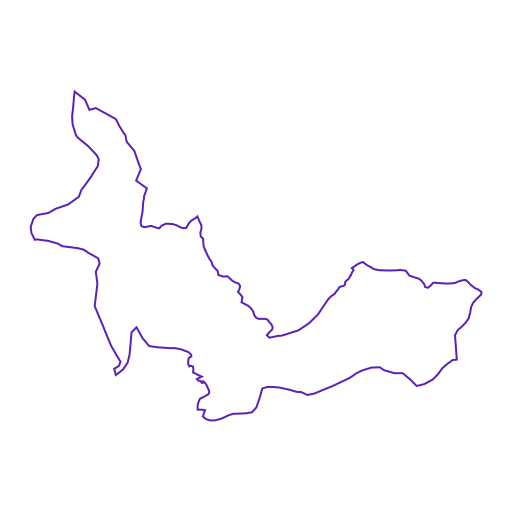 Marudi, Sarawak, Malaysia
{"feature_id": "92858781B4592285011837", "entity_name": "Marudi", "entity_type": "district", "adm_level": 2, "iso_a3": "MYS", "parent_name": "Malaysia", "parent_adm1": "Sarawak", "projection": "orthographic", "projection_center": [114.551, 4.191], "detail": "fine", "context": "isolated", "style": "outline", "palette": "violet", "viewbox_px": 512, "rotation_deg": 0, "n_neighbors": 0, "source": "geoboundaries", "source_scale": "gbopen_adm2", "svg_char_len": 3632}
<svg xmlns="http://www.w3.org/2000/svg" viewBox="0 0 512 512"><path d="M180.7,349.2L188.5,352.1L191.2,354.8L191.3,356.6L188.9,357.7L188.3,359.8L188.1,362.5L188.3,364.4L189.3,366.4L190.7,365.7L192.9,366.5L193.4,368.8L193.1,372.4L197.7,374.8L201.7,376.6L196.9,379.0L197.9,380.5L200.5,380.9L201.6,382.7L202.5,382.9L203.2,381.3L205.8,383.8L207.0,386.2L209.1,390.7L209.1,393.1L208.3,394.2L204.8,396.3L200.0,398.7L199.0,400.8L197.7,404.6L197.6,409.6L203.2,409.8L205.1,410.3L204.1,412.7L202.9,416.5L206.1,419.2L209.9,420.4L214.9,420.4L221.5,418.6L229.0,415.1L233.3,413.8L239.2,413.6L246.3,413.3L252.1,412.2L256.4,407.4L259.6,398.1L262.3,388.5L267.4,387.0L273.0,387.0L279.1,387.5L289.4,389.7L296.4,391.8L301.4,392.1L307.3,395.0L314.2,393.6L324.3,389.4L332.2,386.2L349.8,377.9L356.5,373.2L362.1,370.5L371.3,367.6L379.8,367.3L384.1,370.2L394.5,373.2L402.7,373.2L410.7,379.9L416.6,386.0L424.3,384.1L432.6,379.6L437.8,374.5L442.2,368.4L446.7,364.4L452.6,360.1L456.8,359.6L455.0,335.2L457.9,329.9L461.0,327.4L465.6,322.7L468.6,318.5L470.2,312.4L471.2,306.8L473.1,302.8L477.6,297.9L481.3,294.5L481.3,293.9L481.3,291.8L478.2,289.5L475.2,288.3L472.5,286.2L470.5,284.7L468.0,281.9L465.4,279.9L462.4,280.3L458.7,281.4L454.5,283.1L447.6,283.6L437.2,283.0L436.4,282.8L433.2,282.7L430.3,285.9L427.9,287.8L425.2,287.0L424.1,284.0L421.4,280.6L418.8,278.7L413.7,277.1L409.3,275.5L407.4,272.9L405.8,270.7L400.2,270.0L394.5,270.4L387.9,270.5L379.2,270.2L374.1,269.2L370.1,266.8L366.9,265.1L363.2,262.2L361.0,262.5L357.4,264.3L351.8,268.1L353.4,269.4L353.3,270.7L352.3,272.0L351.5,273.6L351.0,275.2L350.1,276.0L348.5,279.2L346.7,280.3L345.1,282.1L345.1,284.0L344.5,285.1L343.7,285.9L341.4,286.4L339.5,287.0L338.4,289.0L336.6,291.0L334.6,293.8L332.9,295.2L331.0,296.3L328.1,299.4L317.7,314.8L308.8,323.4L298.5,330.3L284.6,334.8L280.9,335.8L278.5,335.8L269.4,337.7L266.8,335.1L269.2,332.4L272.2,329.5L272.7,327.7L272.1,326.0L271.3,324.2L270.0,322.8L268.4,321.0L267.6,319.7L265.4,318.9L262.0,318.8L258.9,318.9L256.4,318.0L254.8,316.0L253.8,314.1L253.3,311.6L251.9,309.6L250.6,307.9L248.2,305.8L244.7,304.0L241.5,302.3L242.5,297.5L241.2,295.3L239.5,293.5L238.0,291.8L239.2,289.7L240.2,286.2L238.5,283.5L234.7,282.2L232.0,280.5L227.5,276.2L223.7,276.7L218.4,275.0L217.7,271.0L215.7,269.0L212.7,265.7L211.4,261.5L209.4,259.0L205.4,250.7L203.7,246.4L203.2,241.9L203.2,238.9L200.7,236.4L200.4,232.4L201.4,229.2L201.4,225.2L199.2,220.9L197.4,216.4L195.4,218.2L191.2,220.7L188.9,223.2L186.2,227.9L183.2,228.2L180.2,227.2L176.9,225.4L173.2,224.2L170.2,223.9L165.9,223.7L161.6,225.7L159.1,228.4L156.4,227.7L151.1,225.9L144.4,227.2L141.6,226.2L140.6,223.2L140.9,220.4L141.6,216.4L142.4,212.7L142.9,207.1L143.1,202.6L143.9,198.9L144.1,196.1L146.9,188.4L136.1,180.6L140.9,169.1L139.1,164.6L134.4,151.1L130.1,145.8L126.9,142.1L126.1,139.1L125.4,135.3L123.4,132.6L119.4,126.1L115.9,119.1L95.9,108.1L89.4,109.8L85.1,99.8L74.7,91.6L74.0,96.5L73.7,101.1L73.1,107.7L72.1,116.3L72.6,124.3L75.9,135.0L77.5,137.4L88.1,146.1L92.4,150.6L96.6,155.1L98.7,159.1L97.9,165.9L93.2,173.2L91.4,176.2L87.3,182.0L81.3,190.1L78.8,196.8L68.2,204.4L55.6,208.8L51.7,211.1L48.2,213.0L39.4,214.6L36.8,215.2L33.4,218.9L30.7,226.8L31.4,232.9L34.8,239.8L37.0,239.4L48.3,240.9L57.8,243.6L62.3,246.2L78.1,248.2L83.8,249.7L89.3,253.4L98.3,258.4L99.6,263.7L98.1,266.9L95.8,271.9L97.4,283.5L94.7,306.2L102.9,325.7L106.4,334.4L111.1,345.7L115.8,353.9L120.5,361.7L118.9,366.0L114.2,368.8L115.8,375.0L120.5,371.5L123.2,369.2L127.5,362.9L129.5,355.1L130.7,342.2L131.5,332.4L136.5,327.3L142.4,337.9L149.1,346.1L157.7,347.3L169.4,348.1L174.5,348.1L180.7,349.2Z" fill="none" stroke="#5b21b6" stroke-width="2"/></svg>